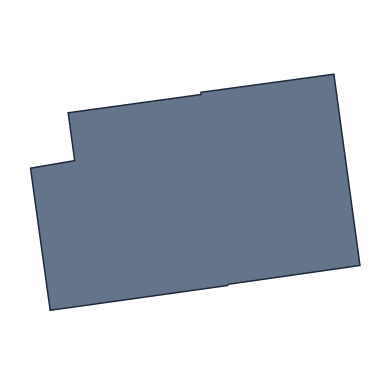 outline of Clark, South Dakota, United States of America, rotated 82°
{"feature_id": "52423323B45667885059065", "entity_name": "Clark", "entity_type": "district", "adm_level": 2, "iso_a3": "USA", "parent_name": "United States of America", "parent_adm1": "South Dakota", "projection": "equal_earth", "projection_center": [-97.745, 44.849], "detail": "fine", "context": "isolated", "style": "filled", "palette": "slate", "viewbox_px": 384, "rotation_deg": 82, "n_neighbors": 0, "source": "geoboundaries", "source_scale": "gbopen_adm2", "svg_char_len": 308}
<svg xmlns="http://www.w3.org/2000/svg" viewBox="0 0 384 384"><g transform="rotate(82 192 192)"><path d="M145.9,348.6L289.4,348.9L289.5,214.7L289.5,169.8L288.4,168.6L288.1,35.9L95.1,35.1L94.5,169.3L96.7,169.3L96.3,303.6L144.6,303.8L145.9,348.6Z" fill="#64748b" stroke="#1e293b" stroke-width="1.5"/></g></svg>